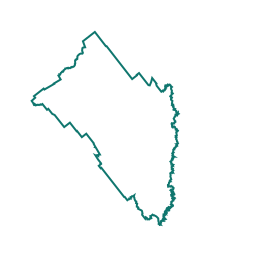 Gannawarra, Victoria, Australia, rotated 52°
{"feature_id": "25037944B50058704827939", "entity_name": "Gannawarra", "entity_type": "district", "adm_level": 2, "iso_a3": "AUS", "parent_name": "Australia", "parent_adm1": "Victoria", "projection": "mercator", "projection_center": [144.036, -35.732], "detail": "fine", "context": "isolated", "style": "outline", "palette": "teal", "viewbox_px": 256, "rotation_deg": 52, "n_neighbors": 0, "source": "geoboundaries", "source_scale": "gbopen_adm2", "svg_char_len": 5920}
<svg xmlns="http://www.w3.org/2000/svg" viewBox="0 0 256 256"><g transform="rotate(52 128 128)"><path d="M121.6,68.3L121.8,68.7L120.5,68.2L119.4,68.4L118.7,69.9L118.3,70.0L118.7,70.9L119.4,70.5L119.4,71.0L118.5,71.5L118.0,71.4L117.4,72.3L117.8,72.8L118.1,72.5L118.3,73.1L119.5,73.2L119.3,73.7L119.6,73.8L119.5,74.1L119.7,74.4L119.8,74.0L120.3,74.2L120.5,74.5L120.2,75.6L120.8,75.9L120.6,76.3L120.9,77.7L119.9,77.7L119.9,79.4L112.3,79.4L110.4,78.6L110.4,78.2L103.5,78.2L105.9,81.3L107.8,84.6L106.8,85.5L91.5,85.5L91.5,88.4L92.0,88.5L92.0,94.6L50.3,94.5L49.9,95.1L31.9,95.0L31.9,110.1L38.0,112.1L37.0,113.8L37.0,114.8L38.9,116.6L41.0,117.3L41.3,118.1L40.2,119.5L39.9,120.7L40.1,123.1L40.5,123.9L41.8,124.9L41.9,125.6L42.4,125.7L42.3,127.0L41.9,127.3L42.3,128.2L44.7,129.9L44.8,130.5L45.6,130.9L46.2,132.5L46.1,133.5L45.3,134.6L45.6,135.2L45.0,135.8L45.2,136.7L44.5,137.5L44.3,138.2L43.7,138.1L43.4,138.7L43.5,139.1L42.9,139.7L42.9,140.4L42.5,140.9L42.9,141.5L42.9,143.6L43.5,143.9L43.7,144.5L43.0,145.4L43.3,145.9L43.2,146.9L44.0,148.4L43.6,148.9L44.1,149.0L43.8,150.5L48.3,151.2L47.3,159.0L47.8,159.0L46.2,170.2L45.0,170.2L45.0,182.5L47.0,182.5L47.3,187.2L50.4,187.4L51.0,187.1L51.4,187.8L52.1,187.9L52.3,187.6L52.0,187.2L52.5,187.1L52.2,186.7L53.1,186.6L53.1,186.2L53.8,185.9L54.0,184.9L55.1,184.0L55.0,183.6L55.7,182.7L55.6,182.3L56.4,181.8L56.4,180.7L63.8,180.6L63.8,179.0L70.2,179.0L72.6,177.8L88.0,177.7L88.0,170.5L98.9,170.5L98.9,170.0L106.8,170.0L106.8,164.4L119.0,164.4L119.3,164.8L123.0,165.4L123.0,165.7L123.5,165.4L131.6,166.5L131.0,167.4L131.0,168.0L131.7,168.6L130.7,168.9L130.5,169.5L130.2,169.4L129.9,170.3L129.5,170.5L134.6,171.0L139.1,171.0L139.1,171.6L139.8,171.6L139.8,174.3L143.0,174.3L143.0,173.5L180.0,173.5L180.3,173.0L184.5,173.0L184.5,171.9L184.9,170.9L184.5,170.6L184.9,170.3L185.0,169.6L184.8,169.3L185.0,169.2L184.5,168.9L184.7,168.4L184.1,168.3L184.3,167.7L184.2,166.8L184.9,165.9L184.9,164.7L185.7,165.8L186.6,165.8L188.0,166.6L189.9,167.1L191.0,166.7L192.1,167.9L192.9,167.4L193.4,167.4L193.9,168.2L195.4,169.5L196.7,168.8L197.2,168.9L197.8,169.8L201.3,168.1L202.1,168.1L204.3,169.2L204.3,169.5L205.1,170.3L210.1,170.3L209.3,168.9L210.6,168.5L211.9,169.1L212.5,168.3L212.6,167.5L213.1,167.3L212.9,166.6L213.3,165.8L213.4,165.1L212.8,165.0L212.4,165.5L212.0,164.6L211.2,164.6L211.5,163.6L211.4,162.0L212.5,161.8L212.7,161.2L215.2,160.1L217.8,159.8L220.1,161.4L221.4,161.8L222.5,162.9L223.1,162.5L223.9,162.7L224.0,162.5L223.5,162.1L224.1,161.7L223.3,161.6L223.1,160.3L222.2,159.8L223.0,159.2L221.9,159.4L221.7,159.1L222.5,157.9L221.8,158.2L221.7,157.7L222.9,157.1L222.6,156.8L221.7,157.1L221.4,156.6L222.4,156.0L221.9,154.8L222.9,154.9L223.0,154.5L221.2,154.8L220.8,155.3L220.6,154.6L220.1,154.9L219.2,154.4L219.4,152.8L219.1,152.9L218.8,153.7L217.9,153.2L218.4,151.9L217.7,151.3L218.4,151.0L216.8,150.7L216.5,150.0L217.0,149.6L217.9,150.0L217.9,149.3L218.3,149.4L218.5,150.1L218.8,149.7L217.9,149.0L216.8,149.4L216.3,148.9L216.6,148.4L217.5,148.3L216.8,148.1L216.8,147.5L217.5,146.7L218.2,146.7L218.3,146.3L217.9,146.1L216.8,146.5L216.4,145.7L216.1,146.1L216.3,147.1L215.7,147.4L215.4,147.2L215.1,146.6L215.3,145.5L215.7,144.9L216.5,144.8L217.2,145.2L217.2,144.5L215.6,144.8L215.4,144.5L216.3,143.9L216.3,143.3L216.9,142.6L216.4,141.8L217.1,141.2L217.1,140.7L216.7,140.2L216.0,140.2L215.1,141.3L214.6,141.3L214.6,140.5L213.4,139.8L214.3,139.0L213.3,139.5L212.8,139.0L213.1,137.1L212.2,137.1L212.0,136.9L212.5,136.2L212.4,135.2L211.3,136.2L210.9,135.9L211.1,134.6L210.7,134.8L210.2,136.0L209.3,134.8L208.7,134.9L208.2,135.6L207.2,135.2L207.2,134.8L207.9,134.5L207.7,133.3L208.8,132.9L209.0,132.5L208.8,132.2L207.1,132.1L206.8,133.1L206.5,133.2L206.2,132.6L206.4,131.7L206.0,131.6L205.7,131.7L205.2,133.2L204.6,133.0L204.0,132.1L203.2,132.6L203.1,131.8L204.2,130.2L203.4,129.0L202.2,129.3L201.6,129.0L201.0,129.6L200.3,129.7L200.4,130.5L199.7,130.9L199.0,132.5L198.0,132.0L197.4,131.5L197.6,130.8L197.0,130.0L196.2,129.2L196.3,128.6L195.8,128.0L196.1,127.5L195.4,127.6L195.1,127.4L195.2,125.6L192.2,124.4L191.4,123.4L189.7,122.6L189.7,121.4L190.4,121.0L189.8,120.4L190.7,119.9L189.6,119.6L189.3,118.4L188.4,118.6L188.1,118.2L187.7,118.6L187.5,117.9L186.9,118.4L186.2,118.2L185.6,117.2L185.0,117.1L185.3,116.3L184.7,116.0L185.3,115.7L184.8,115.5L184.8,115.0L183.7,115.6L183.1,115.4L182.7,115.9L182.2,115.3L180.6,115.2L180.7,114.5L179.9,113.1L179.9,112.5L179.3,112.3L178.8,111.4L179.2,110.7L179.7,111.0L179.1,109.9L178.4,109.9L179.0,109.2L177.9,109.6L178.2,109.8L178.1,110.1L177.3,110.2L176.9,110.0L176.5,108.8L175.4,108.8L175.4,107.3L174.7,107.5L174.5,106.9L173.0,105.7L173.4,104.7L172.5,104.4L172.3,103.8L172.7,103.0L171.9,101.8L172.4,101.4L172.3,100.7L171.7,100.7L171.5,100.3L171.9,100.0L171.7,99.9L170.6,99.9L171.1,99.3L170.9,98.3L170.3,98.5L170.1,97.9L169.4,97.6L168.7,97.7L167.6,97.0L166.5,97.0L165.9,96.3L165.3,96.2L165.2,95.7L164.6,96.1L164.2,95.6L163.6,95.4L163.9,94.1L161.0,92.6L161.1,91.1L160.8,90.3L160.5,90.4L160.3,90.9L160.0,91.0L159.6,90.5L159.7,89.7L158.8,91.1L158.4,90.6L158.0,91.1L156.2,90.4L155.6,90.8L155.2,90.7L154.6,91.5L155.1,92.4L154.6,92.6L153.5,92.1L152.4,91.1L151.8,91.2L151.3,90.8L151.2,90.4L152.4,89.7L152.9,88.8L152.2,88.2L152.4,86.9L151.7,86.5L151.2,86.7L148.7,86.2L148.1,84.5L147.8,84.2L148.0,83.5L146.6,82.3L147.0,81.1L147.4,81.2L147.8,81.6L148.3,81.4L147.7,80.5L147.9,79.4L147.5,79.5L147.6,79.8L147.4,80.0L146.4,79.1L146.4,80.1L146.0,80.3L145.0,80.2L144.3,79.5L143.1,79.7L142.2,80.0L142.1,80.6L141.7,80.8L141.5,79.8L142.0,79.6L141.9,79.2L141.1,79.7L140.1,79.7L139.7,79.3L139.1,79.5L138.8,79.2L138.9,78.7L138.1,78.3L138.1,79.2L137.5,79.1L137.0,79.3L136.6,78.3L137.3,78.1L135.9,78.4L133.9,76.3L132.7,76.7L132.0,76.5L131.1,74.7L130.8,74.9L130.8,75.5L129.8,74.6L129.4,75.2L129.0,75.2L128.9,74.6L129.2,74.0L128.1,72.8L128.5,71.9L128.4,71.4L126.8,71.7L125.8,70.5L123.6,70.0L122.7,68.8L122.7,68.1L121.6,68.3Z" fill="none" stroke="#0f766e" stroke-width="2"/></g></svg>